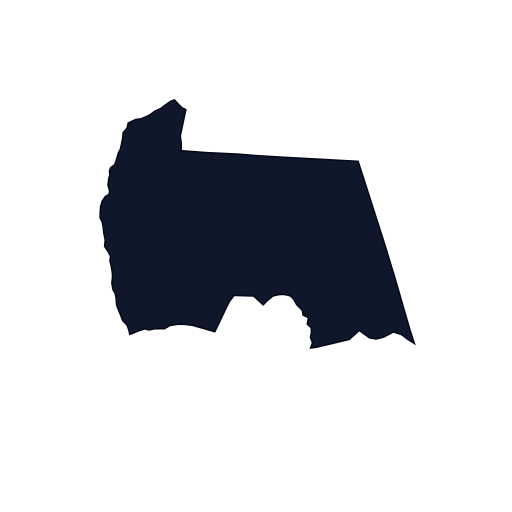 Cafezal do Sul, Paraná, Brazil (Mercator projection), rotated 304°
{"feature_id": "56859067B2894193883317", "entity_name": "Cafezal do Sul", "entity_type": "district", "adm_level": 2, "iso_a3": "BRA", "parent_name": "Brazil", "parent_adm1": "Paraná", "projection": "mercator", "projection_center": [-53.585, -23.955], "detail": "fine", "context": "isolated", "style": "filled", "palette": "ink", "viewbox_px": 512, "rotation_deg": 304, "n_neighbors": 0, "source": "geoboundaries", "source_scale": "gbopen_adm2", "svg_char_len": 1523}
<svg xmlns="http://www.w3.org/2000/svg" viewBox="0 0 512 512"><g transform="rotate(304 256 256)"><path d="M391.6,287.7L352.2,221.8L338.9,199.2L330.9,184.9L327.4,179.1L314.1,157.2L301.5,135.1L307.8,130.9L313.2,126.1L338.1,116.0L337.5,111.9L338.4,107.0L339.8,101.1L336.6,98.7L330.3,96.3L325.0,94.5L319.8,91.3L313.3,88.9L309.3,86.5L305.3,83.8L301.9,79.9L294.8,75.7L289.9,77.6L284.1,76.8L279.4,79.5L273.8,81.8L268.9,83.8L264.7,84.2L261.3,85.3L257.3,86.6L252.7,87.8L248.0,86.1L244.5,87.0L241.4,89.5L237.8,90.6L231.9,93.7L228.3,98.1L224.9,99.7L221.1,97.8L215.5,97.8L210.6,99.3L205.9,101.9L200.5,105.4L198.2,109.5L194.4,113.2L189.7,117.2L185.0,122.0L179.3,125.1L176.5,131.8L174.2,135.7L170.2,137.7L167.1,141.2L163.9,144.3L160.5,147.3L157.1,149.5L153.0,151.6L148.1,156.2L146.3,160.1L142.9,163.5L137.3,167.9L134.0,172.7L130.9,177.4L127.9,181.4L126.7,187.6L123.5,192.0L120.4,195.2L123.5,197.4L128.4,200.6L133.6,204.8L134.7,208.5L138.9,212.6L144.6,220.8L150.3,223.5L156.0,229.8L159.5,235.2L163.0,242.1L170.2,264.2L202.8,259.4L211.0,259.8L219.2,272.8L221.5,276.4L219.5,289.3L224.9,290.2L232.2,292.3L236.7,296.5L239.1,299.6L240.9,303.2L242.2,307.3L240.9,312.1L238.4,316.9L236.9,324.6L233.3,328.2L234.2,333.9L228.1,336.7L227.4,342.0L223.3,344.9L218.9,346.7L215.6,351.4L210.2,352.7L213.7,356.7L239.0,380.0L252.0,383.2L251.6,395.9L254.3,401.9L260.0,407.1L269.9,412.4L272.2,420.7L271.8,428.5L272.0,436.3L280.9,424.9L316.4,382.4L339.0,354.5L373.7,310.5L377.8,305.3L391.6,287.7Z" fill="#0f172a" stroke="#020617" stroke-width="1.5"/></g></svg>